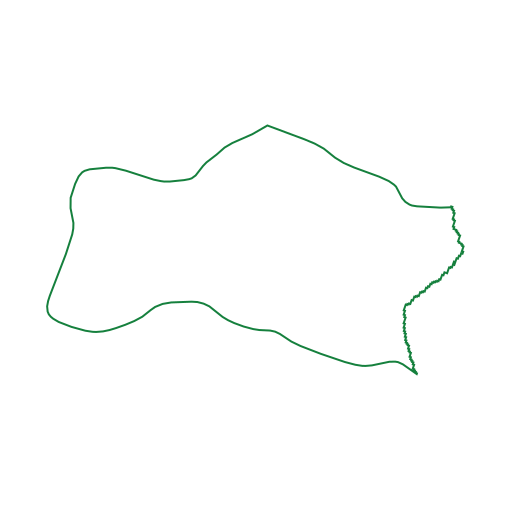 Nizao, Peravia, Dominican Republic, rotated 289°
{"feature_id": "3306468B29569237091860", "entity_name": "Nizao", "entity_type": "district", "adm_level": 2, "iso_a3": "DOM", "parent_name": "Dominican Republic", "parent_adm1": "Peravia", "projection": "equal_earth", "projection_center": [-70.205, 18.267], "detail": "fine", "context": "isolated", "style": "outline", "palette": "green", "viewbox_px": 512, "rotation_deg": 289, "n_neighbors": 0, "source": "geoboundaries", "source_scale": "gbopen_adm2", "svg_char_len": 3048}
<svg xmlns="http://www.w3.org/2000/svg" viewBox="0 0 512 512"><g transform="rotate(289 256 256)"><path d="M196.7,446.4L197.4,446.4L197.4,445.0L198.4,445.0L198.4,443.6L199.5,443.6L199.5,442.3L200.5,442.3L200.5,440.9L204.6,440.9L204.6,439.5L206.6,439.5L206.6,438.1L207.6,438.1L207.6,436.8L208.7,436.8L208.7,435.4L210.7,435.4L210.7,434.0L214.8,434.0L214.8,432.6L215.8,432.6L215.8,431.2L217.9,431.2L217.9,429.9L221.0,429.9L221.0,428.5L222.0,428.5L222.0,427.1L223.0,427.1L223.0,425.7L225.1,425.7L225.1,424.4L228.1,424.4L228.1,423.0L231.2,423.0L231.2,421.6L233.2,421.6L233.2,420.2L236.3,420.2L236.3,418.9L240.4,418.9L240.4,417.5L246.5,417.5L246.5,416.1L248.6,416.1L248.6,414.7L252.7,414.7L252.7,413.4L258.8,413.4L258.8,414.7L259.9,414.7L259.9,416.1L260.9,416.1L260.9,417.5L265.0,417.5L265.0,418.9L269.1,418.9L269.1,420.2L270.1,420.2L270.1,421.6L271.1,421.6L271.1,423.0L275.2,423.0L275.2,424.4L276.2,424.4L276.2,425.7L277.3,425.7L277.3,427.1L281.4,427.1L281.4,428.5L283.4,428.5L283.4,429.9L286.5,429.9L286.5,431.2L288.5,431.2L288.5,432.6L289.6,432.6L289.6,434.0L290.6,434.0L290.6,435.4L291.6,435.4L291.6,436.8L293.7,436.8L293.7,438.1L298.8,438.1L298.8,439.5L301.9,439.5L301.9,442.3L308.0,442.3L308.0,443.6L309.0,443.6L309.0,445.0L312.1,445.0L312.1,446.4L314.1,446.4L314.1,445.0L315.2,445.0L315.2,446.4L319.2,446.4L319.2,447.8L322.3,447.8L322.3,449.1L325.4,449.1L325.4,450.5L325.9,450.5L327.5,450.5L327.5,449.9L327.5,449.1L329.3,449.1L332.6,449.1L332.6,447.8L333.6,447.8L333.6,446.4L334.6,446.4L334.6,445.6L334.6,443.6L335.6,443.6L335.6,442.3L339.9,442.3L341.8,442.3L341.8,441.3L341.8,440.9L342.5,440.9L342.8,440.7L342.8,439.5L343.8,439.5L343.8,438.1L344.9,438.1L344.9,436.8L345.9,436.8L345.9,434.0L347.9,434.0L347.9,432.6L354.1,432.6L354.1,431.2L355.1,431.2L355.1,429.9L358.4,429.9L361.1,429.9L361.1,428.5L363.3,428.5L363.3,427.1L364.3,427.1L364.3,425.7L366.4,425.7L366.4,424.4L365.5,424.4L361.8,414.7L355.4,392.1L354.5,387.0L354.6,384.4L355.8,379.6L358.1,375.5L367.2,365.8L368.4,363.2L370.1,357.1L371.1,346.6L371.6,320.0L372.5,308.8L374.7,298.8L379.6,285.1L381.4,274.8L382.1,264.0L383.1,224.3L369.9,212.8L355.2,196.9L348.3,191.0L339.0,185.7L328.4,178.7L323.9,176.6L312.5,172.7L308.5,169.9L306.9,167.8L304.3,163.2L298.5,150.6L296.5,145.0L295.8,141.5L294.9,134.5L294.3,105.2L293.3,94.5L292.6,91.1L290.6,85.4L283.8,70.5L280.7,66.2L278.5,64.4L273.5,62.4L265.3,61.5L250.7,61.8L240.8,65.1L227.8,72.6L222.4,74.3L216.6,75.2L195.9,75.6L151.2,74.0L145.7,74.1L140.4,74.9L135.6,77.1L133.4,79.1L131.8,81.7L130.7,84.6L129.4,90.9L128.9,104.6L129.8,119.0L131.1,126.1L132.1,129.5L134.9,135.9L138.3,141.6L142.2,147.0L148.4,154.8L154.8,162.0L161.6,168.3L170.7,174.1L175.0,177.2L180.3,183.3L184.5,191.0L191.8,209.9L193.4,215.6L193.9,222.0L193.2,228.3L187.5,244.3L186.2,250.5L185.5,257.2L185.3,267.3L186.0,277.2L187.1,283.3L190.1,293.6L190.7,298.7L190.1,303.9L186.6,317.3L185.4,327.4L184.6,349.1L184.7,374.6L185.5,385.3L186.7,392.1L187.7,395.3L190.3,401.2L199.4,416.5L201.4,421.9L201.9,424.8L201.4,430.1L196.7,446.4Z" fill="none" stroke="#15803d" stroke-width="2"/></g></svg>